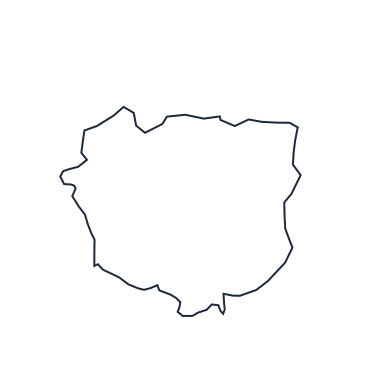 Kapileio, Limassol, Cyprus, rotated 139°
{"feature_id": "46923920B22954384583573", "entity_name": "Kapileio", "entity_type": "district", "adm_level": 2, "iso_a3": "CYP", "parent_name": "Cyprus", "parent_adm1": "Limassol", "projection": "equal_earth", "projection_center": [32.969, 34.829], "detail": "fine", "context": "isolated", "style": "outline", "palette": "slate", "viewbox_px": 384, "rotation_deg": 139, "n_neighbors": 0, "source": "geoboundaries", "source_scale": "gbopen_adm2", "svg_char_len": 1113}
<svg xmlns="http://www.w3.org/2000/svg" viewBox="0 0 384 384"><g transform="rotate(139 192 192)"><path d="M121.5,230.8L135.0,239.7L146.3,254.6L161.4,265.3L169.8,262.8L188.6,267.5L190.6,278.8L184.1,289.9L187.8,301.1L189.3,301.1L200.9,301.1L220.3,304.1L232.8,309.0L240.1,302.8L249.8,294.2L250.2,285.2L261.4,285.7L269.0,289.5L275.5,292.3L278.8,291.1L281.3,290.1L283.3,281.8L278.6,277.3L276.8,274.3L277.4,271.1L285.1,267.3L287.0,255.1L287.6,245.2L291.7,236.2L295.0,227.0L296.8,220.0L305.2,210.6L314.2,200.3L310.4,199.2L310.2,191.9L303.0,175.3L300.6,164.1L295.9,154.7L292.4,149.7L286.2,146.6L279.3,144.4L281.2,139.2L275.4,128.3L273.5,122.2L273.2,116.4L277.3,113.1L281.4,111.0L280.2,104.4L272.8,98.1L266.8,97.1L258.3,93.5L250.8,94.1L246.4,89.2L248.5,83.6L248.4,79.7L244.4,81.8L240.4,87.5L235.0,94.5L229.0,86.8L223.8,82.2L207.8,75.9L193.2,75.0L168.0,77.6L152.6,84.2L149.6,92.7L145.7,103.1L138.8,112.0L129.2,123.6L118.2,125.3L98.9,133.5L97.9,146.4L89.5,155.0L80.4,163.2L69.8,171.4L72.9,180.2L82.6,188.8L93.5,199.4L101.7,209.6L116.4,213.7L123.2,227.7L121.5,230.8Z" fill="none" stroke="#1e293b" stroke-width="2"/></g></svg>